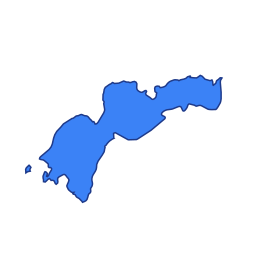 SVG path tracing the border of East New Britain, rotated 212°
{"feature_id": "PNG-1250", "entity_name": "East New Britain", "entity_type": "Province", "adm_level": 1, "iso_a3": "PNG", "parent_name": "Papua New Guinea", "parent_adm1": "", "projection": "equal_earth", "projection_center": [151.672, -5.126], "detail": "fine", "context": "isolated", "style": "filled", "palette": "blue", "viewbox_px": 256, "rotation_deg": 212, "n_neighbors": 0, "source": "natural_earth", "source_scale": "10m", "svg_char_len": 4042}
<svg xmlns="http://www.w3.org/2000/svg" viewBox="0 0 256 256"><g transform="rotate(212 128 128)"><path d="M134.5,111.8L135.4,110.3L136.7,107.3L137.1,105.7L137.4,103.8L137.5,101.7L137.6,101.4L137.7,101.2L137.9,100.9L137.9,100.4L137.8,99.8L137.5,99.5L137.2,99.4L137.0,99.1L136.8,98.1L135.9,96.0L135.6,95.0L135.5,91.4L135.8,84.0L135.2,80.5L133.8,77.9L133.1,76.2L132.8,74.0L132.8,70.0L132.6,68.2L131.9,66.1L131.0,64.6L128.9,62.4L128.1,61.0L127.9,60.2L127.7,59.4L127.7,57.6L127.5,56.5L126.3,55.0L125.8,54.1L125.7,53.2L125.9,52.4L126.1,51.7L126.3,51.3L126.2,50.4L125.4,47.8L124.9,45.7L125.1,44.2L125.8,42.8L127.2,40.9L128.2,41.4L132.0,42.3L134.7,42.2L135.6,42.4L136.8,43.1L137.5,43.4L138.4,43.3L139.3,42.9L139.9,43.1L139.8,44.7L141.0,43.7L142.4,43.6L145.2,44.0L146.1,44.3L148.5,45.8L149.2,46.5L149.6,48.3L149.9,50.6L150.5,52.6L151.8,53.5L153.3,53.9L156.1,55.0L157.6,54.8L158.4,53.9L160.6,50.0L161.0,48.2L160.2,46.7L159.0,45.3L158.5,44.0L159.1,42.2L160.3,42.4L161.7,43.4L162.9,44.0L163.5,43.9L164.2,43.7L164.8,43.4L165.1,43.1L165.4,42.8L167.2,43.4L167.9,43.4L168.7,42.0L169.1,40.0L169.6,38.3L171.2,37.7L172.2,39.3L173.5,40.6L174.5,42.1L175.3,46.2L175.2,47.0L174.2,47.2L173.8,47.2L172.6,46.8L172.1,46.5L171.9,45.8L171.7,44.8L171.4,43.9L170.7,44.0L170.3,44.9L170.3,46.2L170.7,48.4L170.7,51.9L171.2,53.0L172.6,53.5L172.9,53.3L173.4,52.9L174.0,52.6L174.9,52.8L175.4,53.4L175.9,54.3L176.5,55.1L177.4,55.4L181.6,56.0L182.9,56.0L185.7,54.9L186.7,54.9L187.1,56.3L186.8,57.7L183.5,68.0L183.2,71.2L183.7,74.3L185.7,80.0L186.5,83.5L186.6,87.4L185.4,93.4L184.9,97.3L180.5,106.5L179.8,107.0L179.5,107.5L178.4,110.5L177.9,111.1L176.7,112.1L175.3,114.2L174.4,114.9L171.4,115.4L169.3,116.4L167.9,116.4L164.4,115.3L163.4,115.2L162.0,114.7L161.2,114.5L160.4,115.3L159.5,114.9L158.0,113.9L156.8,115.0L156.4,116.9L156.6,127.8L157.0,130.1L157.7,131.5L161.1,135.3L161.6,135.9L161.8,136.8L162.1,137.5L162.8,137.9L164.1,138.4L166.9,143.2L167.2,144.8L168.6,148.2L168.8,150.4L166.7,155.4L166.3,155.7L166.0,156.3L165.7,157.0L165.5,157.6L165.3,158.3L164.7,158.5L163.9,158.5L163.1,158.6L159.9,160.9L159.4,161.4L156.6,165.5L156.0,165.7L153.8,166.1L151.7,167.3L150.8,167.4L149.7,168.1L148.6,169.6L147.2,170.9L145.4,171.1L143.9,170.2L142.0,166.8L140.8,165.5L139.5,165.0L137.8,164.9L136.1,165.1L134.9,165.8L133.3,168.8L132.6,169.3L131.7,169.0L131.5,168.3L131.5,167.4L131.2,166.4L130.0,165.6L125.4,165.5L123.0,165.1L122.0,165.5L121.2,166.8L120.7,168.7L121.1,170.3L121.8,171.6L122.1,172.7L122.4,173.1L124.1,173.1L124.6,173.4L126.5,175.9L126.7,177.5L125.5,179.0L123.7,179.9L122.1,179.3L121.0,180.2L119.8,181.4L118.8,182.8L118.3,184.0L118.2,185.9L117.9,187.6L117.4,189.1L116.7,190.3L114.6,193.0L113.7,193.8L111.6,194.9L110.6,195.2L109.9,195.1L109.0,196.7L106.5,199.1L105.3,200.7L104.9,201.7L104.8,202.4L104.6,203.0L102.9,205.0L102.4,204.9L102.1,203.8L98.3,205.7L96.3,206.9L95.5,208.6L94.6,210.9L92.5,211.2L88.5,210.2L83.6,211.6L82.9,212.3L82.3,213.2L80.9,212.3L78.7,209.5L78.2,209.5L78.0,210.5L77.5,211.6L77.3,212.7L77.9,214.8L77.6,215.9L77.1,217.0L76.5,219.3L75.8,219.9L74.8,220.2L74.8,217.4L74.5,216.8L73.9,215.6L68.0,207.7L64.5,202.1L63.6,200.0L63.1,198.3L62.9,193.8L63.0,191.4L63.2,190.6L63.4,190.2L67.0,187.8L69.1,186.7L70.3,186.3L77.6,185.8L78.9,185.4L80.0,184.5L81.4,182.9L82.0,182.6L82.7,182.5L83.5,182.6L88.6,181.0L89.2,180.4L89.3,179.7L89.3,178.8L89.0,177.8L88.8,176.6L88.8,175.1L89.0,173.3L89.3,172.4L89.8,171.9L90.2,171.7L90.5,171.7L91.0,171.9L93.3,173.4L94.2,173.9L95.1,173.9L95.9,173.5L96.7,172.7L100.3,167.8L101.3,166.8L104.8,163.9L106.1,162.1L106.8,160.6L107.2,159.1L107.2,158.2L106.9,157.4L106.5,157.1L106.0,156.9L105.3,156.8L103.7,157.0L102.9,157.0L102.2,156.8L101.8,156.3L101.7,155.3L107.3,138.2L114.0,123.8L114.7,122.7L121.1,118.4L121.7,118.1L136.3,117.3L137.1,116.3L137.4,115.8L134.6,111.8L134.5,111.8ZM191.7,37.1L192.9,38.7L193.1,40.4L192.7,42.2L192.2,44.0L191.7,44.0L191.3,43.8L189.7,43.3L189.4,43.1L189.4,41.9L189.2,40.9L188.8,40.2L188.0,39.6L189.7,38.0L190.3,37.1L190.8,35.8L191.5,36.7L191.7,37.1Z" fill="#3b82f6" stroke="#1e3a8a" stroke-width="1.5"/></g></svg>